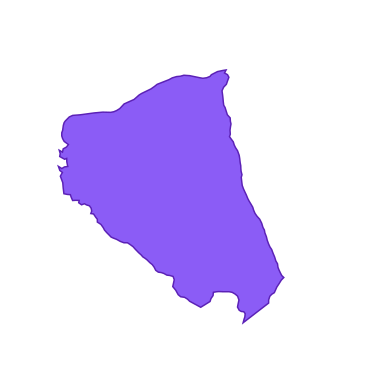 the district of Iepê, São Paulo, Brazil, rotated 142°
{"feature_id": "56859067B81358319526354", "entity_name": "Iepê", "entity_type": "district", "adm_level": 2, "iso_a3": "BRA", "parent_name": "Brazil", "parent_adm1": "São Paulo", "projection": "robinson", "projection_center": [-51.054, -22.634], "detail": "fine", "context": "isolated", "style": "filled", "palette": "violet", "viewbox_px": 384, "rotation_deg": 142, "n_neighbors": 0, "source": "geoboundaries", "source_scale": "gbopen_adm2", "svg_char_len": 2666}
<svg xmlns="http://www.w3.org/2000/svg" viewBox="0 0 384 384"><g transform="rotate(142 192 192)"><path d="M285.1,226.6L283.7,222.5L283.9,218.5L284.4,215.8L284.2,212.5L283.8,209.2L283.5,206.3L282.4,204.2L280.5,201.0L278.9,197.2L276.9,193.9L274.1,191.7L273.2,189.0L272.1,185.2L271.9,181.6L271.4,177.0L270.8,173.7L270.7,171.2L269.8,168.6L269.2,166.2L268.7,162.2L268.0,159.3L268.1,156.2L268.8,152.6L267.9,149.6L265.8,147.4L264.3,145.1L263.0,142.0L260.9,139.9L258.9,137.1L260.0,133.8L265.4,129.3L265.3,124.6L266.1,119.6L265.4,116.4L262.7,113.6L261.5,110.4L261.1,107.3L256.1,95.8L245.2,94.6L242.7,96.3L239.2,97.4L236.9,99.8L233.9,98.2L232.1,97.0L228.7,94.1L224.1,90.5L222.1,88.2L220.8,84.9L220.2,81.9L221.5,78.0L224.6,75.4L227.0,73.3L227.6,69.7L226.7,67.5L224.9,65.8L225.0,63.4L227.2,61.1L229.3,59.7L232.2,57.5L200.0,57.3L198.1,59.7L194.9,61.9L192.1,62.3L189.1,62.0L186.8,63.2L183.6,64.9L179.7,66.2L175.9,67.6L172.3,68.1L172.7,70.9L172.1,74.2L171.3,77.5L170.6,79.8L168.8,82.8L168.4,86.0L166.9,89.9L165.9,93.6L164.6,97.7L164.4,100.7L163.6,104.0L162.4,107.7L160.9,111.0L159.7,115.0L158.4,117.4L157.9,120.4L156.3,124.5L155.4,128.9L155.7,132.8L155.5,136.4L154.6,139.8L153.5,142.6L153.1,145.4L152.6,149.6L152.1,152.4L151.0,156.3L150.2,159.9L149.5,162.8L148.4,166.2L146.7,169.1L145.4,171.2L144.2,173.2L142.0,174.8L140.5,178.2L139.0,180.5L137.4,182.7L135.9,185.6L133.8,189.0L132.2,191.9L130.7,196.5L130.4,200.1L129.8,203.0L128.6,206.1L128.5,209.8L128.4,212.5L126.2,214.0L124.0,217.3L121.3,219.9L119.4,221.6L118.2,224.1L116.3,226.9L116.6,231.1L115.1,235.1L113.9,238.3L113.6,240.8L111.7,244.0L110.0,246.6L108.1,249.7L106.0,253.3L102.6,255.1L98.6,255.7L95.7,257.6L92.3,259.7L91.8,262.6L93.1,265.8L90.0,267.2L92.7,268.7L97.8,271.2L104.5,272.5L106.6,272.0L110.1,273.0L113.4,274.9L115.4,277.1L118.2,280.4L122.2,285.1L126.5,289.0L129.9,290.4L133.0,292.4L137.3,294.1L141.0,294.7L153.1,298.3L157.0,298.3L160.9,298.5L171.2,300.7L174.0,301.0L180.7,300.6L191.2,303.2L197.6,302.2L201.3,302.6L204.2,303.4L207.0,304.8L213.2,309.9L220.5,314.6L232.8,321.8L238.8,325.8L242.5,326.7L248.0,326.0L250.0,325.4L252.4,323.7L256.0,320.2L258.1,318.9L260.1,316.4L261.1,313.7L261.6,310.6L260.2,305.5L263.2,304.7L266.9,305.3L269.5,303.2L270.9,306.6L272.2,303.4L274.4,301.4L272.2,296.2L270.1,295.6L272.1,292.8L274.2,288.6L277.1,290.3L280.1,290.6L281.5,294.4L282.9,290.3L282.1,287.2L286.0,285.5L288.1,278.9L291.0,274.5L294.0,269.5L291.8,266.9L289.5,264.8L290.5,262.0L291.3,258.8L288.7,257.0L286.1,254.8L287.9,253.3L286.9,249.9L284.0,249.0L283.1,246.8L281.3,244.2L281.5,241.2L282.8,238.7L285.0,237.3L283.1,235.3L283.4,231.4L283.4,228.8L285.1,226.6Z" fill="#8b5cf6" stroke="#5b21b6" stroke-width="1.5"/></g></svg>